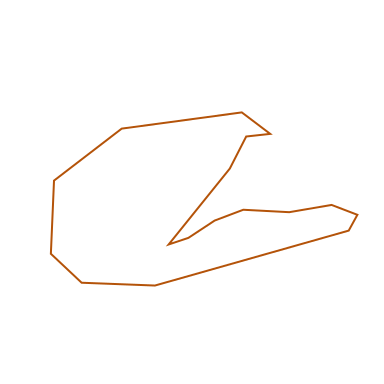 the border of Palmyra Atoll, rotated 164°
{"feature_id": "UMI-5178", "entity_name": "Palmyra Atoll", "entity_type": "state/province", "adm_level": 1, "iso_a3": "UMI", "parent_name": "United States Minor Outlying Islands", "parent_adm1": "", "projection": "natural_earth1", "projection_center": [-162.082, 5.88], "detail": "fine", "context": "isolated", "style": "outline", "palette": "amber", "viewbox_px": 384, "rotation_deg": 164, "n_neighbors": 0, "source": "natural_earth", "source_scale": "10m", "svg_char_len": 379}
<svg xmlns="http://www.w3.org/2000/svg" viewBox="0 0 384 384"><g transform="rotate(164 192 192)"><path d="M323.1,135.2L344.7,171.5L321.5,241.0L242.1,272.3L122.2,254.8L100.8,226.3L124.6,230.4L149.2,204.1L228.9,148.0L208.1,148.9L178.1,158.3L147.6,160.8L104.1,145.8L61.4,141.1L39.3,124.5L52.0,111.7L253.4,112.3L323.1,135.2Z" fill="none" stroke="#b45309" stroke-width="2"/></g></svg>